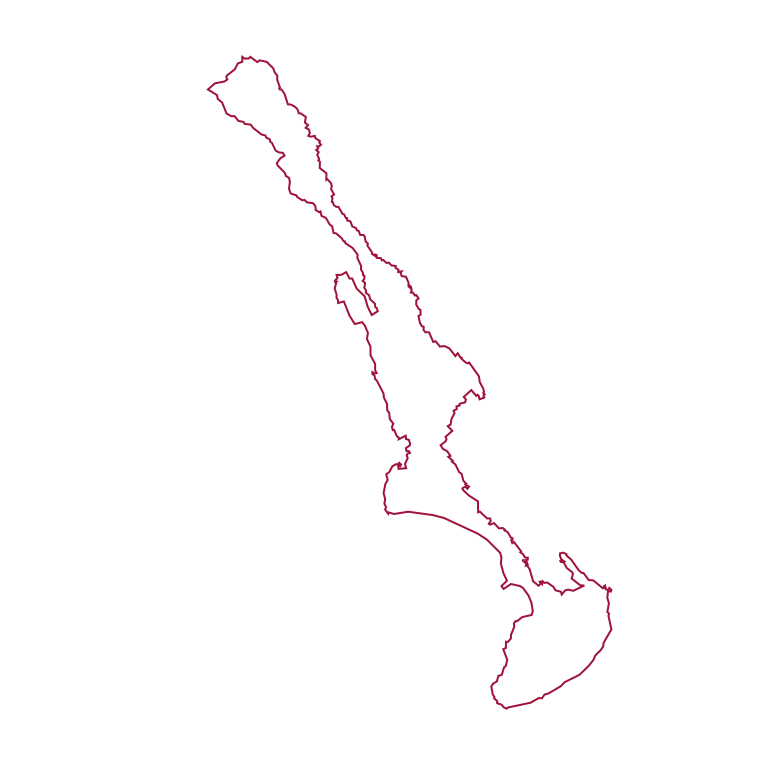 the district of Badung, Bali, Indonesia, rotated 326°
{"feature_id": "22746128B76986430159502", "entity_name": "Badung", "entity_type": "district", "adm_level": 2, "iso_a3": "IDN", "parent_name": "Indonesia", "parent_adm1": "Bali", "projection": "robinson", "projection_center": [115.186, -8.545], "detail": "fine", "context": "isolated", "style": "outline", "palette": "rose", "viewbox_px": 768, "rotation_deg": 326, "n_neighbors": 0, "source": "geoboundaries", "source_scale": "gbopen_adm2", "svg_char_len": 6130}
<svg xmlns="http://www.w3.org/2000/svg" viewBox="0 0 768 768"><g transform="rotate(326 384 384)"><path d="M468.5,118.9L466.3,113.1L464.7,111.9L465.9,107.8L465.3,104.6L463.1,100.3L460.7,98.4L463.8,87.7L463.7,82.5L462.3,81.5L462.5,80.1L463.6,79.9L465.6,72.0L468.0,68.8L467.6,64.8L468.7,60.3L466.9,51.4L461.9,46.1L459.0,46.3L456.1,38.0L453.9,38.5L450.4,36.3L449.4,33.6L446.7,37.6L442.0,36.5L436.3,39.7L426.4,40.4L424.8,41.4L424.4,43.9L420.9,44.0L411.9,40.2L402.7,41.4L407.1,51.1L405.6,54.6L407.2,60.2L404.7,71.7L407.3,76.8L409.9,78.3L410.4,84.4L414.1,88.2L414.0,90.5L418.6,94.5L418.7,98.5L422.0,108.7L424.7,111.7L424.2,113.9L426.1,117.4L425.2,119.3L425.9,121.5L424.7,129.8L426.3,133.1L429.4,135.8L429.2,139.1L424.4,138.9L418.6,140.9L418.0,143.3L419.9,153.5L419.0,156.6L420.5,160.0L419.1,163.7L414.5,168.9L413.1,173.8L416.9,178.7L416.6,180.5L419.0,186.0L421.0,186.9L421.8,190.5L426.3,194.4L426.5,198.4L424.7,201.5L426.3,205.3L427.8,205.4L426.2,209.6L428.7,213.8L428.2,221.5L429.2,224.4L426.6,230.5L428.5,232.3L430.5,239.7L430.3,242.9L431.4,244.1L430.7,245.7L434.0,253.6L434.5,262.0L432.4,264.5L431.0,273.5L429.0,276.0L428.7,280.1L427.5,281.7L428.3,283.4L426.2,286.0L424.0,286.6L424.8,289.7L421.5,293.2L421.4,296.4L419.9,298.1L421.3,301.9L419.9,306.3L421.4,312.1L419.8,315.4L420.5,317.3L419.4,320.2L412.4,320.0L413.7,310.8L417.0,300.5L414.7,289.6L416.6,278.8L414.4,277.3L415.2,270.1L409.7,269.6L405.6,267.1L404.8,270.1L401.4,270.8L402.1,272.6L400.4,272.3L400.6,273.8L396.6,277.1L394.7,283.4L392.8,285.9L392.8,288.7L391.2,291.2L396.9,293.1L393.6,308.1L393.3,317.9L400.4,320.5L400.8,324.8L399.3,332.6L395.0,337.2L393.7,345.4L388.9,352.6L387.9,362.4L384.3,367.7L384.0,370.8L382.0,369.9L381.0,367.7L380.0,369.1L380.8,371.9L379.4,375.1L380.0,376.9L378.3,391.6L376.3,395.2L375.4,402.2L371.9,407.7L372.2,410.8L369.2,416.3L369.5,422.1L366.6,424.0L365.5,427.1L366.7,427.7L365.5,434.6L366.3,437.0L365.3,438.1L373.1,439.0L371.5,442.0L373.4,444.1L372.3,448.1L371.0,449.3L366.3,449.4L365.2,452.1L367.2,453.8L366.9,455.7L364.6,454.9L362.8,456.0L362.3,458.6L356.7,462.0L355.3,466.2L348.6,462.5L349.8,460.1L350.9,459.8L351.5,461.2L353.1,460.3L352.5,457.8L350.2,458.5L349.1,457.2L344.9,456.9L339.3,459.9L335.3,460.2L333.4,465.6L329.3,467.6L322.6,474.3L320.7,480.0L317.4,483.4L316.8,487.4L314.7,488.7L314.9,493.9L316.0,493.0L319.7,497.4L332.6,503.4L351.0,519.8L358.8,528.6L378.0,560.4L382.3,570.6L385.9,588.8L384.4,593.4L380.5,598.2L377.3,607.4L375.9,615.9L368.4,617.2L368.6,620.8L377.4,620.8L383.8,627.6L385.2,630.8L385.5,640.3L383.9,647.9L380.3,655.6L377.2,658.0L368.4,654.6L361.3,655.0L360.6,654.1L357.8,655.1L356.3,658.1L349.1,662.9L346.8,666.0L342.3,667.1L341.0,665.9L337.4,671.0L334.6,670.5L332.0,681.5L327.2,686.0L325.1,686.0L319.0,691.0L315.6,689.9L311.3,693.7L306.8,693.4L303.8,694.8L300.6,702.1L300.4,705.6L299.5,706.3L300.6,710.1L299.3,711.9L302.3,715.8L302.4,718.9L304.2,721.8L305.9,721.5L327.3,730.2L336.7,730.9L339.2,732.9L343.5,731.2L347.1,732.5L361.7,733.4L366.9,732.2L383.6,734.4L396.2,732.1L403.7,729.7L407.1,727.3L415.1,725.7L419.0,724.1L421.3,721.4L435.3,714.6L440.4,701.8L442.2,700.2L441.7,697.9L447.9,691.5L449.6,686.1L453.9,681.0L456.0,683.0L457.4,681.9L456.8,679.1L454.7,680.3L453.1,678.2L454.6,674.7L453.3,674.7L452.8,676.3L451.2,675.7L447.7,663.9L444.1,661.0L443.7,652.2L442.3,651.2L441.3,647.6L441.0,634.1L439.3,628.2L440.1,627.3L438.5,624.2L435.3,622.8L433.7,624.9L433.0,628.6L434.3,632.0L433.3,631.8L432.6,638.6L434.8,645.3L434.5,647.1L430.8,650.2L434.1,660.6L437.4,663.1L425.2,661.2L421.6,657.4L418.8,656.4L413.6,657.9L414.5,655.2L410.8,650.9L411.0,646.9L408.3,639.8L405.8,638.6L405.2,636.4L403.5,638.0L403.9,635.7L402.5,635.0L402.2,637.2L399.4,637.7L397.3,631.0L401.2,618.9L401.1,614.1L400.1,613.9L401.6,612.6L400.3,608.2L400.6,607.8L402.0,607.8L400.5,608.3L402.4,612.9L403.3,609.3L404.9,610.0L406.1,608.5L403.9,606.7L404.1,602.8L402.9,599.8L404.1,599.4L403.4,587.6L401.4,587.7L402.2,584.6L403.5,585.0L404.3,583.7L403.3,582.1L403.7,575.9L402.0,572.7L402.8,572.2L401.9,569.8L398.6,568.0L397.4,560.8L393.4,560.0L392.7,558.5L396.0,557.2L396.8,554.8L394.3,553.2L392.1,543.4L390.3,543.0L396.3,533.8L392.2,524.4L390.3,516.4L390.6,514.4L392.0,514.4L394.1,514.6L394.6,517.5L397.1,516.6L395.3,512.7L396.4,512.5L395.7,508.6L398.1,501.9L397.0,499.0L398.2,490.6L396.9,486.4L398.1,486.3L396.6,480.3L398.9,480.7L398.8,475.1L396.5,470.7L396.7,466.4L403.0,466.0L405.0,464.6L405.5,462.2L414.5,461.0L413.3,454.6L416.7,454.8L420.4,450.7L426.2,447.6L426.7,445.1L430.4,445.5L431.5,443.1L434.7,444.1L435.2,442.9L436.8,443.0L441.0,444.6L443.3,442.6L442.9,439.3L453.0,437.9L453.8,445.4L455.5,445.2L455.9,446.8L454.6,450.1L459.6,451.3L460.1,449.1L461.7,448.8L461.3,446.9L462.6,446.3L463.7,443.3L464.5,435.9L467.0,430.7L466.6,413.8L465.1,413.8L463.7,411.7L462.3,406.2L463.0,405.7L462.2,404.7L462.3,399.7L458.8,400.8L458.1,391.1L455.4,386.4L451.3,384.3L450.7,377.4L448.3,376.6L450.3,366.3L447.2,364.2L447.0,361.3L448.9,358.8L447.7,357.2L448.0,353.3L450.6,346.9L453.1,347.0L455.7,342.8L454.8,341.4L455.1,336.2L457.5,332.8L460.5,332.3L460.4,328.1L459.1,327.9L459.0,324.4L457.4,323.1L459.4,321.7L460.7,318.6L460.4,317.1L459.3,318.3L458.9,316.7L461.0,313.7L462.2,307.3L459.0,304.5L459.8,301.2L461.6,300.5L458.4,299.0L459.9,297.3L458.5,294.2L459.7,292.8L456.5,289.8L455.9,286.1L453.7,285.0L452.8,280.8L451.3,280.2L451.8,277.9L448.5,275.4L450.0,272.9L448.9,271.7L448.3,273.1L446.8,269.3L447.7,267.8L447.6,260.0L449.2,258.6L448.4,255.7L450.5,250.8L450.3,249.0L447.6,247.1L448.6,242.9L447.4,241.4L448.0,239.1L445.8,235.6L447.1,230.4L444.9,227.8L446.1,225.8L445.2,224.9L445.8,221.0L444.7,219.6L445.3,211.7L443.6,210.5L442.4,207.6L443.3,204.7L442.6,203.9L445.2,201.1L445.5,199.0L448.6,199.0L449.1,192.9L451.4,190.7L452.4,187.8L451.5,182.3L450.4,182.4L454.1,177.1L451.5,169.0L455.1,164.0L454.6,161.9L456.0,161.3L456.9,156.6L459.5,155.3L458.7,152.1L461.0,152.0L461.7,149.5L462.8,150.7L465.6,150.4L465.3,147.7L466.7,146.7L464.6,141.8L465.4,139.6L461.7,138.1L460.0,135.9L462.9,134.5L464.0,131.0L462.3,127.8L465.9,126.8L464.6,123.1L468.5,118.9ZM432.9,632.0L431.4,630.4L431.0,628.3L431.3,630.7L432.9,632.0Z" fill="none" stroke="#9f1239" stroke-width="2"/></g></svg>